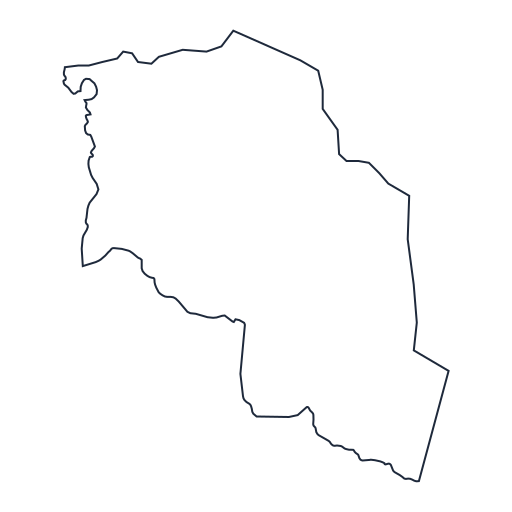 map outline of Chari-Baguirmi (Natural Earth projection)
{"feature_id": "TCD-5580", "entity_name": "Chari-Baguirmi", "entity_type": "Prefecture", "adm_level": 1, "iso_a3": "TCD", "parent_name": "Chad", "parent_adm1": "", "projection": "natural_earth1", "projection_center": [15.896, 11.139], "detail": "fine", "context": "isolated", "style": "outline", "palette": "slate", "viewbox_px": 512, "rotation_deg": 0, "n_neighbors": 0, "source": "natural_earth", "source_scale": "10m", "svg_char_len": 3246}
<svg xmlns="http://www.w3.org/2000/svg" viewBox="0 0 512 512"><path d="M73.6,93.8L71.5,92.0L68.3,87.7L64.6,84.7L63.9,83.6L63.4,81.1L64.1,80.3L65.2,80.0L65.8,78.9L65.6,77.2L65.0,76.3L64.3,75.5L63.9,74.3L63.9,72.2L64.6,69.4L64.9,67.3L64.9,67.2L78.5,65.5L88.9,65.5L102.3,62.0L117.2,58.5L123.2,51.6L132.1,53.3L138.0,62.0L151.4,63.7L158.9,56.8L182.7,49.8L206.5,51.6L221.4,46.4L233.3,30.7L300.3,60.3L318.2,70.7L322.7,89.8L322.7,108.9L330.1,119.3L337.6,129.8L339.1,154.1L346.5,161.0L358.5,161.0L368.9,162.8L379.3,173.2L388.3,183.6L409.2,195.8L407.7,239.2L413.7,284.4L416.8,322.6L413.8,350.4L448.6,370.9L418.9,481.1L416.7,481.3L415.6,481.1L414.3,480.7L412.2,479.6L410.2,478.8L408.2,478.6L406.0,478.9L405.1,478.8L404.0,478.4L402.6,477.1L399.8,475.1L394.7,472.2L393.6,471.2L393.1,470.5L392.8,469.8L390.9,465.0L390.4,464.4L389.7,463.9L388.9,463.6L387.7,463.8L386.0,464.3L385.3,464.4L384.7,464.1L384.4,463.2L382.9,462.4L380.3,461.4L374.9,460.2L370.7,459.7L369.9,459.9L362.5,460.5L361.5,460.2L360.5,459.7L359.4,458.2L358.3,455.0L357.8,454.4L355.9,453.1L354.8,452.0L354.0,450.7L353.6,450.1L353.1,449.8L348.8,449.7L345.9,449.0L344.6,448.5L342.1,446.6L340.8,446.0L337.0,445.5L334.7,445.8L333.8,445.7L332.7,445.3L331.3,444.1L330.6,443.2L330.1,442.3L329.4,441.5L328.5,440.8L318.7,435.2L317.5,434.1L317.1,433.5L316.7,432.8L316.3,432.1L315.6,428.3L315.3,427.5L313.7,425.8L313.4,425.1L313.2,424.1L313.5,419.7L313.4,415.3L313.3,414.4L313.0,413.5L312.5,412.9L312.0,412.3L310.3,410.7L309.9,410.1L309.5,409.4L309.1,408.6L308.7,407.9L308.2,407.3L307.6,407.0L306.7,407.1L297.7,415.1L288.9,417.0L256.6,416.5L253.3,413.7L252.3,411.8L251.8,408.8L251.1,406.3L250.5,405.0L249.8,404.2L249.2,403.7L246.9,402.3L245.9,401.5L244.3,399.8L243.5,398.3L243.0,396.2L240.4,373.9L244.9,324.9L244.7,324.1L244.1,322.8L239.3,320.1L235.5,319.3L233.8,322.0L232.5,321.5L224.7,315.5L222.1,315.8L216.5,317.5L213.1,317.8L207.5,317.2L195.8,313.8L190.3,313.2L187.4,311.8L178.7,301.5L175.7,298.6L173.4,297.3L170.9,296.9L167.3,296.9L164.9,296.5L162.5,295.3L160.3,293.8L158.7,292.3L156.3,287.7L155.1,284.6L154.6,282.4L154.4,279.1L153.6,278.0L152.1,277.8L149.6,277.1L147.3,275.8L144.7,273.7L142.6,271.1L141.7,268.3L141.7,259.9L140.2,258.6L138.9,258.1L137.8,257.5L132.7,253.2L130.1,251.4L128.6,250.7L121.8,248.9L114.1,248.1L113.2,248.1L112.4,248.3L111.7,248.7L111.1,249.3L110.2,250.5L109.6,251.1L108.5,252.0L105.3,255.6L100.6,259.6L98.6,260.8L95.7,262.1L82.8,266.1L81.7,248.6L82.7,238.1L83.5,235.4L86.8,229.8L87.8,227.0L87.7,225.3L87.1,224.3L86.3,223.6L85.8,222.3L85.8,220.4L86.5,217.8L87.5,208.9L88.4,205.6L89.7,202.6L96.5,194.1L98.4,189.4L96.7,183.9L92.6,177.9L91.1,174.9L88.8,167.3L88.4,163.9L88.6,160.6L89.8,157.0L90.3,156.8L91.3,156.8L92.2,156.7L92.9,155.9L92.7,154.8L91.1,153.1L90.9,152.4L91.7,150.8L94.0,148.2L94.9,146.5L91.3,136.7L90.3,134.9L87.8,134.5L86.1,133.1L85.1,130.4L84.8,126.2L85.5,124.8L87.0,123.4L87.9,121.9L87.4,120.3L86.8,119.4L86.1,117.6L85.8,115.9L86.4,115.1L90.5,114.4L89.9,112.5L87.4,110.0L85.9,107.5L86.2,105.4L86.5,104.1L86.5,103.1L85.4,101.7L84.6,100.1L88.8,99.7L91.6,99.1L94.0,97.4L96.6,94.1L97.0,90.2L96.1,86.7L94.4,83.3L91.7,81.0L89.6,79.1L86.0,78.8L84.0,79.9L81.9,83.2L80.7,86.8L80.5,91.1L77.8,91.4L75.3,93.5L73.6,93.8Z" fill="none" stroke="#1e293b" stroke-width="2"/></svg>